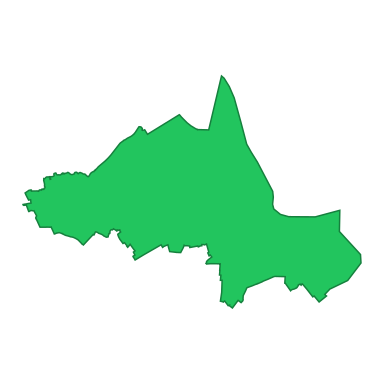 outline of Eemsdelta, Groningen, Netherlands
{"feature_id": "6326949B5414348034711", "entity_name": "Eemsdelta", "entity_type": "district", "adm_level": 2, "iso_a3": "NLD", "parent_name": "Netherlands", "parent_adm1": "Groningen", "projection": "orthographic", "projection_center": [6.777, 53.348], "detail": "fine", "context": "isolated", "style": "filled", "palette": "green", "viewbox_px": 384, "rotation_deg": 0, "n_neighbors": 0, "source": "geoboundaries", "source_scale": "gbopen_adm2", "svg_char_len": 5749}
<svg xmlns="http://www.w3.org/2000/svg" viewBox="0 0 384 384"><path d="M135.1,260.0L143.7,254.8L161.1,244.8L162.6,247.4L163.2,247.0L163.6,246.5L164.3,246.3L165.1,245.9L167.9,244.8L168.4,247.0L169.7,251.6L175.8,252.3L176.1,252.4L180.7,252.6L181.6,250.8L182.4,249.4L182.8,248.5L183.3,247.6L184.1,245.4L184.3,245.7L184.5,245.8L186.6,245.7L187.2,245.7L189.7,246.1L189.8,247.5L190.0,247.5L197.8,246.0L198.1,246.8L198.7,246.9L199.3,246.4L200.2,245.9L200.4,245.9L200.4,246.0L200.5,246.0L201.2,245.7L201.7,245.8L201.8,244.5L202.1,244.5L202.5,244.7L203.5,244.5L204.4,244.9L204.6,244.8L205.0,244.8L205.4,244.5L206.2,244.1L206.5,244.0L208.8,252.2L207.8,252.9L209.1,255.9L210.2,255.0L211.8,257.0L208.3,259.7L206.9,261.1L206.5,261.8L206.5,262.4L206.3,262.8L206.1,263.2L206.6,263.2L206.6,264.0L210.4,263.7L212.5,263.7L214.4,263.7L219.5,263.8L219.5,264.1L219.7,264.5L220.2,264.2L219.7,270.4L219.9,270.4L219.5,275.0L220.9,275.2L220.4,280.3L222.1,280.3L221.7,292.3L220.4,301.2L221.7,301.5L222.6,301.8L223.3,302.0L223.3,301.9L224.7,301.0L228.2,305.7L229.2,305.3L229.1,305.5L232.4,308.0L238.1,300.4L241.1,302.6L242.7,301.0L243.0,300.3L243.1,299.8L243.1,299.0L243.0,298.3L243.1,297.5L243.2,295.7L245.7,290.6L246.4,288.8L246.8,288.0L247.2,287.6L252.0,285.9L257.3,283.7L257.3,283.9L262.4,281.7L263.1,281.2L267.0,279.6L267.6,279.4L273.7,276.7L274.4,276.5L275.1,276.4L283.4,276.6L285.2,276.7L284.8,283.1L285.2,283.1L290.6,290.8L291.2,290.1L291.5,289.9L292.6,289.4L294.6,288.9L295.9,288.2L296.6,287.7L296.7,287.8L297.3,287.1L297.6,286.5L298.5,285.4L298.3,285.0L298.8,284.6L300.2,284.1L301.1,285.2L302.1,283.9L302.9,284.5L307.0,289.4L312.8,296.9L314.1,296.0L319.1,302.0L326.5,296.0L325.5,295.2L324.8,294.4L325.2,294.0L329.3,289.7L329.6,289.2L347.7,280.5L361.0,263.0L360.5,254.5L339.4,231.5L339.8,210.3L315.2,216.9L288.7,216.7L280.4,214.4L273.8,209.0L272.6,204.3L273.3,197.1L272.7,191.3L257.4,162.1L251.4,152.5L246.7,144.2L240.9,122.2L234.2,97.9L229.3,86.6L224.1,78.2L221.5,76.0L208.7,129.9L197.9,129.6L197.6,129.4L197.4,129.7L195.8,128.7L195.6,128.7L192.2,126.6L191.0,125.9L187.6,123.2L187.1,122.8L182.6,118.3L182.5,118.1L181.6,117.3L179.8,115.1L179.3,114.7L147.5,134.3L144.7,129.8L143.6,130.2L143.0,130.2L142.6,130.4L142.4,130.4L142.1,130.2L142.1,129.6L142.3,129.3L142.3,129.0L142.3,128.5L142.0,128.0L141.5,127.6L141.3,127.2L140.8,126.9L140.0,126.8L139.3,126.7L138.9,126.8L135.4,132.2L134.7,133.1L133.8,134.1L133.8,134.3L133.5,134.4L132.0,135.7L130.6,136.6L127.4,138.2L126.0,139.2L125.2,139.7L123.6,140.4L123.6,140.6L120.3,143.0L119.6,143.8L110.8,155.1L108.4,157.8L106.6,159.6L104.8,161.3L98.4,166.7L96.8,168.6L95.3,169.9L95.4,170.2L95.4,170.3L95.2,170.3L95.0,170.1L94.3,170.8L93.9,171.5L93.7,171.4L92.8,171.8L91.9,172.3L91.2,172.8L90.4,173.6L89.8,174.8L89.2,175.7L88.6,176.4L88.1,176.7L87.2,176.2L84.8,174.0L84.6,174.1L84.0,174.2L83.5,174.1L82.4,173.4L80.2,172.5L79.2,172.7L78.5,173.6L78.2,173.7L77.6,173.4L77.0,172.5L76.8,172.4L76.2,172.2L75.2,172.4L74.9,172.5L74.5,173.0L74.4,173.2L74.4,173.7L74.2,173.9L72.6,174.5L71.7,174.6L70.9,174.4L70.3,174.1L69.2,173.1L68.3,172.5L67.7,172.4L67.4,172.5L66.8,173.0L66.4,173.2L65.7,173.2L64.5,173.8L64.2,173.3L63.0,173.1L62.9,174.0L62.5,173.9L62.1,173.4L61.2,174.2L61.0,174.6L60.0,175.0L59.1,174.8L57.2,174.9L56.8,174.7L55.8,173.0L55.4,173.1L54.3,173.4L54.1,173.7L53.8,174.0L53.9,174.4L54.1,175.0L54.1,175.7L53.8,176.0L53.3,176.3L52.4,176.6L51.5,176.7L50.2,176.7L49.9,176.7L50.7,179.2L50.1,179.4L49.3,176.9L48.9,176.9L48.6,176.9L47.9,177.0L47.0,176.9L46.6,177.0L45.9,177.4L44.7,178.7L44.2,178.8L43.8,178.6L43.7,179.0L43.8,179.6L43.7,180.2L43.7,180.4L43.7,180.7L43.9,181.2L44.6,184.3L44.5,185.0L44.5,186.2L44.9,186.7L45.0,186.9L45.0,187.0L44.9,187.8L44.7,188.1L44.4,188.2L44.1,188.3L44.0,188.5L43.9,188.7L44.0,189.1L43.8,189.4L43.6,189.4L42.8,189.3L42.5,189.1L42.1,189.0L41.7,189.4L41.7,189.5L41.8,189.8L41.5,190.1L41.0,190.1L40.6,189.9L40.3,189.9L39.5,190.0L38.9,190.5L38.8,191.1L38.6,191.3L37.7,191.2L37.3,190.9L37.0,190.9L36.3,191.0L33.7,191.0L31.5,191.2L31.3,191.1L31.2,190.9L31.2,190.7L31.5,190.3L31.4,190.1L31.0,189.9L30.5,190.1L29.6,190.2L29.0,190.3L25.1,193.0L25.6,193.9L25.6,194.2L27.4,197.8L27.6,198.1L28.6,200.1L30.6,199.7L31.0,203.1L28.2,203.5L26.0,204.0L24.9,204.1L24.0,204.3L23.0,204.5L23.1,204.9L23.3,205.1L23.7,205.1L23.7,205.3L23.9,205.4L26.3,205.0L28.7,211.5L28.9,211.6L30.9,210.5L33.8,210.9L34.0,210.8L34.9,212.8L35.3,213.4L36.6,215.9L36.1,216.8L35.7,217.9L35.7,218.0L36.2,219.1L36.3,219.0L40.0,227.2L45.7,227.2L46.1,227.2L46.3,227.1L46.8,227.1L50.8,227.2L51.1,227.0L53.7,232.6L54.3,234.0L55.1,233.8L56.8,233.0L57.6,232.9L57.8,233.0L58.2,232.8L58.8,232.7L59.4,232.7L61.1,233.2L62.3,233.8L62.4,233.6L62.9,233.9L62.9,234.0L63.2,234.2L65.4,235.3L68.5,236.1L70.5,236.8L71.9,237.0L73.2,237.3L75.4,238.3L77.7,239.6L78.5,240.3L81.6,243.5L81.7,243.8L82.6,244.4L83.4,245.0L93.2,234.5L93.8,235.0L94.1,234.9L95.3,232.1L95.6,231.9L95.9,231.8L97.6,232.5L98.7,233.3L100.3,233.8L102.3,234.7L102.7,235.0L103.6,235.7L104.0,236.1L104.5,236.2L105.5,236.8L106.4,237.2L106.8,237.1L107.3,237.1L108.2,236.8L108.2,236.7L108.2,236.1L108.3,235.6L108.8,234.6L108.9,234.3L108.9,234.0L108.8,233.8L109.2,233.4L109.8,233.4L110.0,232.7L109.8,232.1L110.0,231.4L110.2,230.8L110.4,230.4L111.1,229.9L111.4,229.7L111.7,229.7L112.4,229.9L113.5,228.8L114.1,229.3L114.9,229.6L115.3,229.8L116.5,230.8L116.6,230.5L117.1,230.8L117.3,230.4L117.4,230.1L117.4,229.9L119.2,230.4L119.4,229.9L119.8,230.0L119.5,230.8L120.0,231.0L120.3,231.2L120.5,231.6L120.6,232.1L120.4,232.2L117.8,234.2L117.9,235.0L118.6,236.9L119.8,239.2L123.0,243.5L124.5,242.7L127.2,246.1L126.9,246.3L127.7,247.3L128.9,246.0L130.1,244.3L133.2,248.6L135.0,250.9L133.4,252.1L134.9,255.1L133.0,256.3L133.4,257.3L134.1,258.2L135.1,260.0Z" fill="#22c55e" stroke="#15803d" stroke-width="1.5"/></svg>